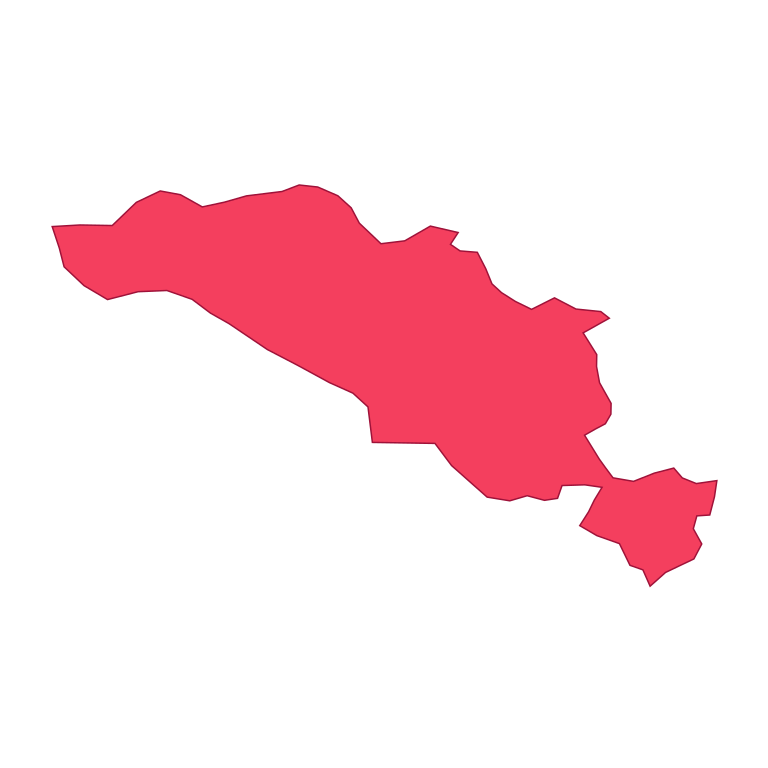 the district of Nikitari, Nicosia, Cyprus, rotated 91°
{"feature_id": "46923920B48004399301476", "entity_name": "Nikitari", "entity_type": "district", "adm_level": 2, "iso_a3": "CYP", "parent_name": "Cyprus", "parent_adm1": "Nicosia", "projection": "orthographic", "projection_center": [32.981, 35.047], "detail": "fine", "context": "isolated", "style": "filled", "palette": "rose", "viewbox_px": 768, "rotation_deg": 91, "n_neighbors": 0, "source": "geoboundaries", "source_scale": "gbopen_adm2", "svg_char_len": 1249}
<svg xmlns="http://www.w3.org/2000/svg" viewBox="0 0 768 768"><g transform="rotate(91 384 384)"><path d="M509.3,56.0L491.0,51.6L474.8,49.5L478.1,70.0L472.7,84.1L463.0,92.8L468.4,112.2L477.0,132.8L473.8,153.4L464.1,160.9L455.4,167.4L431.7,182.6L425.3,171.8L419.9,162.0L410.2,156.6L399.4,156.6L379.0,168.5L362.8,171.8L350.9,171.8L329.4,185.8L314.3,159.9L307.8,168.5L305.7,193.4L294.9,215.0L306.8,237.8L299.2,254.0L290.6,268.1L282.0,277.8L266.9,284.3L250.7,293.0L249.6,310.3L243.2,320.0L231.3,312.5L225.3,340.4L240.5,365.8L243.8,389.5L223.6,411.5L208.4,419.9L196.6,433.4L188.2,453.7L186.5,472.3L193.3,489.3L198.3,524.8L205.0,546.8L210.1,568.8L198.3,590.8L194.9,611.1L206.7,634.8L230.3,658.5L230.3,690.7L232.4,718.5L253.8,711.0L272.4,705.9L290.9,685.6L304.4,661.9L296.0,631.5L294.3,602.7L302.7,577.3L316.2,558.7L326.3,540.1L351.6,501.2L366.8,470.7L383.6,438.5L393.7,414.9L407.2,399.6L442.6,394.6L442.5,332.0L464.4,315.0L495.3,278.9L498.6,256.2L493.2,238.9L497.5,221.5L495.3,208.5L482.4,204.2L481.3,181.5L483.5,164.2L496.4,171.7L508.2,177.2L522.2,185.8L531.9,168.5L539.5,145.8L561.0,134.9L565.3,121.9L581.5,114.4L567.5,99.2L561.0,86.2L553.5,71.1L538.4,63.5L523.3,72.2L510.4,68.9L509.3,56.0Z" fill="#f43f5e" stroke="#9f1239" stroke-width="1.5"/></g></svg>